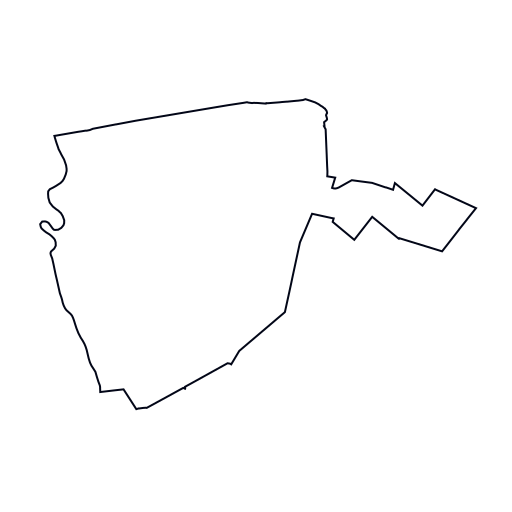 Jirlau, Braila, Romania (Mercator projection), rotated 93°
{"feature_id": "2599482B33661790192298", "entity_name": "Jirlau", "entity_type": "district", "adm_level": 2, "iso_a3": "ROU", "parent_name": "Romania", "parent_adm1": "Braila", "projection": "mercator", "projection_center": [27.193, 45.161], "detail": "fine", "context": "isolated", "style": "outline", "palette": "ink", "viewbox_px": 512, "rotation_deg": 93, "n_neighbors": 0, "source": "geoboundaries", "source_scale": "gbopen_adm2", "svg_char_len": 2990}
<svg xmlns="http://www.w3.org/2000/svg" viewBox="0 0 512 512"><g transform="rotate(93 256 256)"><path d="M204.8,466.9L208.8,466.4L213.4,464.8L217.2,461.5L219.8,457.9L221.2,455.6L222.3,454.4L223.3,453.1L226.3,451.1L230.3,449.4L233.3,449.3L235.4,449.9L238.1,451.9L240.1,454.9L240.5,458.1L240.3,459.3L239.2,460.5L236.8,462.4L233.8,464.9L232.8,466.9L232.5,468.5L232.8,471.3L235.5,473.2L238.1,472.5L239.7,471.6L241.6,469.3L243.3,466.9L245.2,463.4L246.9,461.1L249.0,458.8L250.4,457.7L252.8,456.8L256.2,456.5L259.2,457.9L261.9,460.6L262.4,461.0L263.9,461.4L265.6,461.0L269.1,459.4L274.8,457.8L284.4,455.3L287.2,454.5L289.9,453.7L303.5,449.9L305.4,449.1L307.3,448.3L309.8,447.4L312.7,446.6L315.2,445.6L316.0,445.2L318.3,443.9L320.1,442.4L321.8,440.3L323.5,438.2L325.1,436.7L327.3,435.5L329.9,434.4L330.7,434.1L332.9,433.3L337.6,431.5L342.4,429.3L346.8,426.7L350.0,424.4L352.8,422.7L355.5,421.4L358.9,420.1L362.7,419.0L367.1,417.7L371.1,416.2L374.1,414.6L377.4,412.2L380.1,410.3L385.0,408.6L389.8,406.8L393.4,405.2L395.1,404.8L395.8,404.8L400.0,404.4L397.6,390.4L396.1,381.3L415.2,367.5L414.3,365.0L414.4,364.8L413.6,360.6L413.3,358.1L413.4,357.2L391.5,321.7L392.3,319.9L392.1,319.8L391.3,319.8L390.3,320.0L387.4,315.3L364.6,278.8L364.9,276.2L365.5,275.1L352.3,268.1L351.6,267.7L342.9,258.5L341.3,256.8L319.4,233.6L314.2,228.1L311.8,225.5L310.5,224.2L289.9,220.8L280.6,219.3L275.4,218.5L240.1,212.8L210.9,202.2L214.0,183.3L214.1,182.6L214.4,180.4L217.9,181.2L234.7,158.7L210.8,142.0L231.1,114.6L231.3,114.2L230.7,113.9L241.6,70.4L229.3,61.8L218.8,54.5L218.7,54.5L208.8,47.4L208.7,47.4L196.7,38.8L180.3,80.2L180.0,80.7L197.0,92.4L175.9,121.1L182.7,122.6L180.7,129.7L180.7,130.3L178.8,137.1L176.9,143.9L176.0,155.6L175.3,164.3L178.5,169.4L181.1,173.5L183.3,177.0L184.1,178.8L184.5,180.4L184.4,182.1L184.0,183.6L173.6,181.0L172.7,189.0L170.7,189.0L167.8,189.1L162.1,189.7L150.2,190.8L125.8,193.1L124.5,193.9L123.5,194.5L122.8,194.9L122.6,194.4L118.8,195.0L116.9,192.9L116.0,192.2L115.1,192.3L114.0,192.6L111.9,193.4L110.8,193.2L110.1,192.7L109.4,192.5L108.0,192.9L107.6,193.1L107.1,193.3L106.6,193.7L106.0,194.4L105.3,194.7L104.5,196.1L103.9,196.8L103.2,197.9L102.7,199.0L101.1,201.5L99.5,205.0L98.1,209.9L96.8,214.8L97.3,216.1L97.8,217.3L98.0,218.6L98.6,221.7L98.8,223.2L99.2,226.0L100.3,233.3L100.3,233.8L100.9,238.3L101.3,240.6L102.8,252.2L102.8,253.5L103.0,253.5L103.3,254.0L103.1,262.4L103.2,266.4L103.5,267.9L103.2,271.8L102.9,273.0L103.7,276.5L106.5,290.1L106.9,292.0L109.5,303.8L127.2,383.2L131.9,402.6L131.9,402.8L137.5,425.6L138.7,428.1L138.9,428.5L139.7,431.6L139.8,433.1L140.6,436.7L141.3,440.2L144.1,452.5L145.3,457.8L146.1,461.2L146.2,461.6L146.6,463.6L146.9,463.5L148.2,463.1L151.8,461.8L153.9,461.0L158.3,459.2L159.5,458.8L163.4,456.5L164.2,456.1L165.2,455.5L169.7,452.7L175.4,450.4L178.9,449.7L181.1,449.6L184.6,450.3L188.9,451.8L191.2,453.1L193.3,455.0L196.5,459.4L198.3,462.2L200.1,465.4L202.3,466.9L203.0,466.9L204.8,466.9Z" fill="none" stroke="#020617" stroke-width="2"/></g></svg>